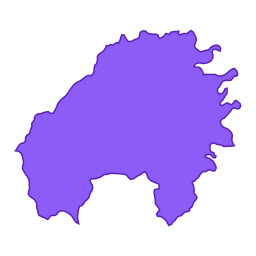 the district of Cordisburgo, Minas Gerais, Brazil
{"feature_id": "56859067B649885654800", "entity_name": "Cordisburgo", "entity_type": "district", "adm_level": 2, "iso_a3": "BRA", "parent_name": "Brazil", "parent_adm1": "Minas Gerais", "projection": "robinson", "projection_center": [-44.174, -19.095], "detail": "fine", "context": "isolated", "style": "filled", "palette": "violet", "viewbox_px": 256, "rotation_deg": 0, "n_neighbors": 0, "source": "geoboundaries", "source_scale": "gbopen_adm2", "svg_char_len": 5107}
<svg xmlns="http://www.w3.org/2000/svg" viewBox="0 0 256 256"><path d="M168.9,225.4L171.6,224.2L172.5,222.2L174.4,221.0L175.8,219.4L177.2,217.1L179.1,216.1L181.3,215.6L183.1,213.7L185.0,212.1L187.4,211.7L189.5,210.9L189.7,208.5L191.8,207.0L192.7,205.0L193.4,203.1L194.2,201.4L195.8,200.1L197.0,197.7L195.9,195.3L194.0,193.1L194.2,190.0L193.7,187.2L193.4,185.1L192.4,183.6L192.4,181.7L194.6,181.1L196.7,178.8L198.5,177.4L199.6,175.3L200.9,173.4L202.8,171.6L205.1,171.7L206.7,171.1L208.6,169.9L210.9,170.1L212.5,170.8L214.6,171.0L216.0,168.6L216.0,166.7L215.2,165.0L214.3,163.0L212.8,160.9L210.7,159.5L209.3,158.4L207.6,157.8L205.6,157.2L205.4,155.3L207.7,154.6L210.0,154.5L211.6,155.9L213.2,157.6L215.2,157.8L216.1,156.2L214.5,155.1L213.6,152.6L211.0,151.8L210.0,149.7L209.9,145.5L211.4,143.4L213.2,142.9L215.0,143.5L217.1,144.4L219.5,144.7L221.6,145.0L223.3,146.3L225.4,146.5L227.4,146.3L229.1,146.0L231.5,146.2L234.3,145.7L233.1,143.7L232.2,141.8L231.9,139.8L232.0,137.4L232.4,135.1L231.7,133.3L230.2,131.2L228.4,129.6L226.2,128.3L223.6,127.3L222.0,125.8L220.7,123.8L220.4,121.7L221.3,120.0L222.7,118.6L224.5,118.0L225.6,116.5L227.1,115.0L228.5,113.5L230.4,111.5L231.6,109.5L233.4,107.6L235.5,108.3L237.4,108.9L239.1,108.6L240.6,106.5L240.3,104.0L238.4,102.3L236.5,100.5L234.6,101.0L233.1,103.1L231.6,104.9L229.7,104.0L227.3,102.9L225.1,103.8L223.0,105.3L221.0,105.4L219.9,103.6L221.0,101.5L222.8,99.9L224.0,97.9L225.2,95.9L226.8,93.7L227.2,90.6L227.0,88.2L224.8,89.0L224.3,90.7L223.2,92.4L221.4,93.8L219.6,93.9L218.1,92.8L217.3,90.5L217.9,88.4L219.2,86.9L220.7,84.8L221.4,82.9L222.6,81.3L225.1,80.5L228.3,80.3L230.7,80.4L232.5,78.5L234.4,76.1L236.4,76.2L237.7,74.8L237.2,71.9L236.1,70.0L234.5,68.6L232.7,68.8L231.3,69.7L229.7,70.7L228.3,72.0L226.7,73.3L225.3,74.5L223.1,75.4L221.1,75.9L218.7,76.3L216.0,74.8L214.3,74.4L212.2,74.5L209.6,74.4L207.1,74.5L205.4,74.3L203.6,74.8L202.8,72.1L201.4,69.2L199.7,67.6L198.1,67.2L196.0,67.2L194.2,66.5L195.1,64.3L197.7,63.0L200.9,63.0L202.9,63.6L205.2,63.3L207.6,62.7L209.3,62.0L211.2,60.6L212.7,58.0L213.0,54.9L211.9,51.9L213.0,49.6L215.1,49.3L217.4,49.8L219.9,51.3L220.7,48.8L219.7,46.4L217.3,45.2L215.1,45.3L213.0,46.0L210.7,47.4L209.2,49.1L207.6,50.1L205.6,50.4L203.6,50.8L201.8,51.9L200.0,51.6L198.4,50.5L196.6,49.1L195.4,47.9L194.4,45.7L195.4,43.0L196.3,40.5L196.2,38.5L195.4,36.3L194.2,33.9L192.9,31.7L191.1,30.6L189.5,31.5L188.1,32.8L186.5,33.6L184.2,33.5L181.5,34.2L179.6,35.1L178.5,33.7L178.8,31.1L176.5,31.8L174.8,31.4L173.1,31.8L170.7,32.2L169.6,34.5L167.5,33.7L165.7,33.5L164.2,35.8L161.8,37.6L159.9,38.5L158.6,37.2L158.1,35.2L156.5,34.2L154.6,34.2L152.8,34.2L150.4,33.9L148.2,33.4L146.8,32.2L145.2,30.9L142.5,31.0L140.4,32.2L139.7,34.2L139.5,36.2L138.7,37.8L136.7,39.1L134.3,39.7L132.1,41.2L129.5,41.5L127.7,41.1L126.3,38.9L125.1,37.0L124.0,35.0L122.0,34.8L121.1,36.4L120.6,38.5L119.7,40.7L118.8,43.0L116.2,42.6L114.6,43.9L112.6,45.1L110.4,44.5L108.5,45.8L106.5,45.5L105.6,47.8L104.2,50.2L102.5,51.7L101.0,52.8L99.6,53.8L98.2,55.0L97.4,56.6L97.4,59.2L97.2,62.2L96.2,64.0L94.9,65.3L94.2,68.1L94.0,71.5L93.0,74.0L91.2,75.5L88.3,75.5L86.2,76.2L84.6,77.7L82.2,79.4L80.0,80.9L78.2,81.7L76.6,82.7L75.0,83.7L73.4,85.3L71.7,87.3L70.3,89.3L68.9,91.7L66.9,94.5L64.9,96.5L62.9,98.1L61.5,99.4L59.9,101.0L58.4,102.9L57.4,104.6L57.0,106.5L55.6,109.0L54.4,111.5L53.0,113.2L50.6,113.4L48.6,111.8L46.2,111.9L43.6,112.6L41.4,113.5L38.7,113.8L36.2,114.8L34.5,117.0L34.4,119.6L33.1,121.5L31.7,123.6L31.9,126.4L31.0,128.4L30.1,131.4L29.4,133.6L27.1,135.1L25.6,137.3L25.6,139.6L25.0,141.8L23.2,143.1L21.0,143.4L18.9,145.4L17.3,148.1L15.4,150.8L18.3,151.2L20.7,152.7L22.1,155.4L22.9,158.5L23.5,161.3L23.4,164.1L22.6,166.5L22.5,169.1L23.7,171.1L25.0,173.3L27.0,176.0L28.4,178.4L29.3,180.9L29.2,184.0L29.5,187.4L29.3,189.7L28.6,191.6L28.3,194.1L29.7,196.3L31.4,197.4L32.8,198.3L34.4,199.7L35.9,201.5L36.7,203.9L36.8,207.8L37.6,210.5L38.1,212.9L39.1,215.4L41.0,216.3L42.6,217.1L44.9,217.8L46.2,218.8L47.8,219.5L49.1,217.8L50.5,216.0L52.9,215.4L55.1,215.4L56.8,214.3L58.0,212.4L59.6,211.3L61.1,210.9L62.8,210.9L65.0,211.3L67.2,212.6L69.2,213.8L70.9,215.2L72.4,216.8L73.6,218.8L74.8,220.8L76.4,222.5L78.7,223.7L78.3,221.3L77.6,218.8L77.6,215.5L78.0,213.2L78.1,210.9L78.8,208.3L79.7,206.3L82.0,205.5L83.8,203.5L84.9,201.5L87.1,199.6L88.7,197.8L89.5,195.5L90.0,193.6L91.1,191.8L92.3,189.9L92.7,187.7L92.3,185.1L90.7,182.5L90.0,180.2L91.3,178.9L93.1,178.8L95.1,178.7L96.8,178.4L98.3,177.8L99.9,177.2L102.2,176.0L104.2,174.5L106.3,174.4L108.7,173.9L111.0,173.3L113.5,173.4L116.9,173.6L118.7,173.7L121.0,173.9L123.0,174.1L125.6,174.5L127.0,175.7L128.1,177.1L129.3,178.5L130.7,179.3L133.0,179.0L135.7,177.3L137.6,175.9L139.2,175.3L141.2,174.1L143.1,172.5L145.4,171.8L146.9,174.3L147.8,177.2L149.1,179.2L151.2,180.9L153.3,181.9L155.0,182.6L157.1,183.2L158.6,184.1L159.3,186.1L158.9,188.6L156.9,189.1L154.5,189.7L154.0,192.2L154.4,194.4L154.9,197.7L155.3,200.7L155.4,203.5L157.0,206.0L158.7,208.1L159.7,210.3L158.0,211.7L156.6,213.9L157.4,216.2L159.8,216.5L161.5,216.7L163.4,218.4L165.1,219.5L166.2,221.0L167.3,222.9L168.9,225.4Z" fill="#8b5cf6" stroke="#5b21b6" stroke-width="1.5"/></svg>